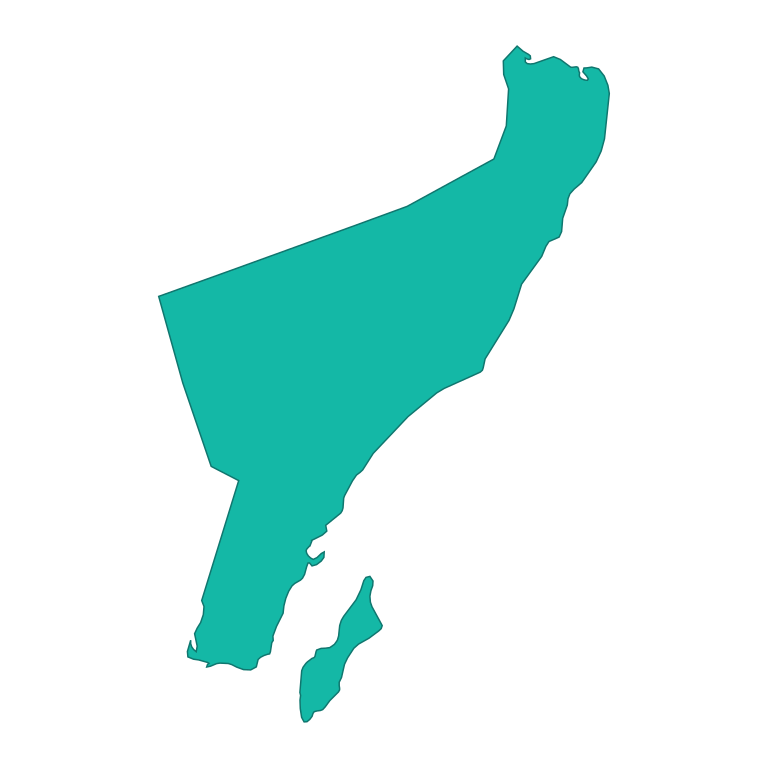 map outline of Ash Sharqiyah South (Albers equal-area conic projection)
{"feature_id": "OMN-2406", "entity_name": "Ash Sharqiyah South", "entity_type": "Region", "adm_level": 1, "iso_a3": "OMN", "parent_name": "Oman", "parent_adm1": "", "projection": "albers", "projection_center": [58.929, 21.395], "detail": "fine", "context": "isolated", "style": "filled", "palette": "teal", "viewbox_px": 768, "rotation_deg": 0, "n_neighbors": 0, "source": "natural_earth", "source_scale": "10m", "svg_char_len": 2814}
<svg xmlns="http://www.w3.org/2000/svg" viewBox="0 0 768 768"><path d="M517.1,46.1L523.0,51.2L528.8,54.6L530.3,55.9L530.6,58.8L529.0,59.5L526.9,58.9L525.3,58.0L525.3,61.9L527.2,63.6L530.3,64.0L534.0,63.6L553.6,56.7L560.4,59.5L570.7,67.2L572.3,67.3L576.3,66.8L577.7,67.2L578.4,68.5L578.9,71.4L579.6,72.8L579.5,73.6L579.3,74.9L579.5,76.5L581.2,78.5L582.5,79.2L584.1,79.8L585.8,80.2L587.4,80.3L588.3,78.9L586.6,76.0L582.9,71.8L584.0,68.0L586.7,67.9L591.8,67.1L598.6,68.9L604.2,76.0L607.9,85.3L609.3,93.5L604.5,138.8L601.2,151.0L596.2,161.8L581.7,182.6L574.1,189.1L569.9,193.8L568.0,198.7L567.3,205.1L562.7,218.3L561.6,231.6L559.1,237.1L549.0,241.5L545.9,246.3L541.7,256.4L521.6,284.1L513.9,308.9L509.0,320.4L485.1,358.9L483.2,367.8L482.4,370.2L480.3,372.1L444.2,388.4L436.7,392.9L408.0,416.6L373.2,453.4L362.7,469.9L360.0,472.4L356.5,475.0L352.5,480.8L344.6,495.6L343.7,498.1L343.0,507.9L342.2,510.7L340.7,513.1L325.7,525.3L326.8,531.1L322.4,535.0L311.6,540.4L311.9,540.9L309.9,546.0L309.6,546.0L307.9,547.8L306.7,549.2L306.1,550.7L306.7,553.3L308.3,555.9L310.6,558.0L313.2,559.4L317.0,557.6L321.3,553.5L324.2,551.9L323.9,557.4L321.3,561.0L316.6,564.6L312.0,565.9L309.6,563.0L308.0,563.0L306.6,566.9L304.6,574.3L302.5,578.2L300.5,580.1L294.8,583.4L292.0,585.9L288.7,591.2L285.8,598.3L283.9,605.9L283.1,613.2L276.5,626.4L272.9,636.1L273.2,640.5L271.8,642.6L270.4,651.8L269.6,653.9L267.5,654.3L264.0,655.5L260.5,657.3L258.1,659.5L256.3,666.9L250.7,669.9L243.5,669.6L236.7,667.1L231.8,664.6L228.3,663.5L219.9,663.1L216.6,663.6L210.5,666.2L206.7,667.0L207.5,664.5L209.0,663.3L207.8,662.5L198.6,659.9L193.5,659.2L187.9,656.9L187.4,651.5L190.7,640.2L190.7,643.7L191.7,646.8L193.6,649.5L196.2,651.7L197.2,646.2L194.6,633.7L197.2,628.1L200.6,622.6L203.3,614.7L204.0,606.5L201.7,600.5L238.7,480.6L211.2,466.4L182.8,383.0L158.7,296.4L224.9,272.6L289.8,249.1L350.0,227.3L407.1,206.4L462.5,176.1L493.9,159.0L506.3,125.9L508.6,88.9L503.7,74.5L503.3,60.9L517.1,46.1ZM369.9,596.3L370.4,602.2L372.0,606.8L379.9,621.3L382.2,625.6L381.2,628.6L378.9,630.8L369.0,638.2L358.5,644.1L353.8,648.3L347.6,657.8L344.5,664.3L341.5,677.5L339.2,682.2L339.2,685.3L339.2,685.6L339.6,688.1L339.6,689.9L338.5,691.9L329.8,700.6L325.1,707.0L322.7,709.6L320.4,710.5L317.1,710.9L314.2,711.7L313.0,713.4L312.1,716.3L309.8,719.4L307.0,721.7L304.1,721.9L302.7,719.4L301.6,717.3L300.3,708.7L300.0,700.1L300.6,695.4L300.5,695.0L299.9,692.5L301.7,670.7L303.1,667.2L305.9,663.4L307.4,661.9L312.0,658.4L313.9,657.7L314.4,657.2L314.9,656.6L316.1,651.5L316.7,650.0L321.1,648.4L325.4,648.2L329.8,647.6L334.4,644.4L336.5,641.5L337.4,640.1L338.4,636.7L338.6,636.1L339.7,625.5L341.3,620.4L343.7,616.3L356.1,599.8L360.9,589.8L363.8,580.7L366.0,577.4L369.9,576.4L373.0,581.0L372.7,585.7L370.9,590.8L369.9,596.3Z" fill="#14b8a6" stroke="#0f766e" stroke-width="1.5"/></svg>